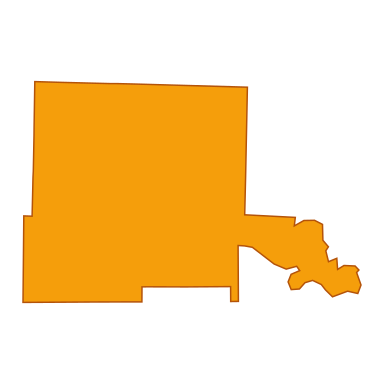 outline of Jefferson, Arkansas, United States of America
{"feature_id": "52423323B11311228308505", "entity_name": "Jefferson", "entity_type": "district", "adm_level": 2, "iso_a3": "USA", "parent_name": "United States of America", "parent_adm1": "Arkansas", "projection": "albers", "projection_center": [-91.753, 34.278], "detail": "fine", "context": "isolated", "style": "filled", "palette": "amber", "viewbox_px": 384, "rotation_deg": 0, "n_neighbors": 0, "source": "geoboundaries", "source_scale": "gbopen_adm2", "svg_char_len": 834}
<svg xmlns="http://www.w3.org/2000/svg" viewBox="0 0 384 384"><path d="M23.0,302.4L92.6,302.0L127.1,301.9L141.9,301.9L142.0,286.9L146.7,286.8L186.1,286.9L230.6,286.6L230.7,301.5L238.4,301.4L238.1,245.5L244.5,245.9L252.4,247.3L274.1,264.0L286.2,269.1L296.7,266.3L299.7,270.6L291.1,274.3L288.1,281.9L291.2,289.6L299.4,289.0L305.0,282.7L312.6,280.4L321.3,284.5L325.5,289.9L332.5,296.8L347.6,291.2L357.8,293.5L361.0,285.0L356.6,272.5L358.9,270.0L355.1,266.0L344.0,265.5L337.6,269.4L336.8,258.3L328.5,261.7L325.8,250.8L328.4,246.8L322.9,240.3L322.5,224.4L314.5,220.3L303.9,220.5L294.3,225.9L295.3,217.4L244.7,214.8L245.6,176.9L247.4,87.2L133.4,84.0L116.7,83.6L110.1,83.6L62.0,82.4L34.8,81.6L34.1,126.3L34.0,136.0L33.3,171.2L33.0,177.2L32.8,186.2L32.1,216.2L23.8,215.9L23.0,302.4Z" fill="#f59e0b" stroke="#b45309" stroke-width="1.5"/></svg>